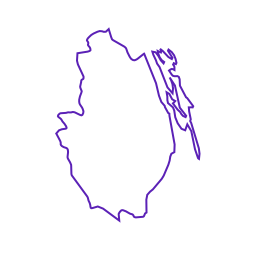 the border of Licko-Senjska, rotated 205°
{"feature_id": "HRV-1584", "entity_name": "Licko-Senjska", "entity_type": "County", "adm_level": 1, "iso_a3": "HRV", "parent_name": "Croatia", "parent_adm1": "", "projection": "natural_earth1", "projection_center": [15.249, 44.713], "detail": "fine", "context": "isolated", "style": "outline", "palette": "violet", "viewbox_px": 256, "rotation_deg": 205, "n_neighbors": 0, "source": "natural_earth", "source_scale": "10m", "svg_char_len": 3249}
<svg xmlns="http://www.w3.org/2000/svg" viewBox="0 0 256 256"><g transform="rotate(205 128 128)"><path d="M144.8,202.2L121.5,180.4L113.6,170.4L108.8,165.7L104.1,163.6L103.4,162.6L97.9,158.6L96.6,158.5L95.6,156.6L78.8,132.8L75.8,125.7L77.8,123.0L77.6,119.9L76.5,116.1L75.9,111.8L75.5,100.0L75.9,96.3L79.5,82.9L81.1,79.6L82.3,75.6L81.1,70.8L75.5,59.2L76.4,57.8L76.3,55.0L76.5,54.3L77.0,53.8L83.1,50.3L84.4,50.0L85.3,50.2L86.2,51.1L86.7,51.3L87.4,51.6L90.0,51.2L94.7,51.6L97.6,51.4L98.6,51.1L99.3,50.4L99.9,48.7L100.1,47.2L100.1,46.1L96.8,40.4L116.5,44.4L122.2,44.1L126.4,40.4L127.4,39.8L128.1,40.0L128.9,41.0L129.5,42.0L130.3,43.0L131.2,44.0L132.7,45.2L133.4,45.9L134.4,47.2L135.2,48.1L136.2,48.8L158.7,61.2L159.3,61.7L159.9,62.5L163.3,69.3L164.0,70.6L166.0,72.4L169.4,74.8L170.2,75.6L170.7,76.6L172.0,80.5L172.6,81.7L173.5,83.0L174.2,83.5L175.0,83.8L175.6,83.8L178.2,83.5L180.3,83.7L181.5,84.2L182.2,84.9L182.5,85.7L183.0,86.6L184.1,87.7L190.7,92.7L189.5,96.8L187.4,98.9L184.1,101.1L183.7,101.7L183.8,102.3L184.7,103.3L187.4,105.0L190.1,106.2L192.1,107.6L193.1,108.0L195.8,108.6L196.5,109.1L196.7,110.1L196.2,111.7L195.8,112.4L195.3,112.9L190.6,115.5L188.9,116.9L187.1,117.6L186.0,118.2L185.1,119.0L183.9,119.5L182.6,119.7L176.6,119.6L175.4,119.9L174.9,120.7L174.9,122.7L175.5,124.4L177.2,126.2L178.3,127.1L181.3,128.9L182.3,129.7L183.3,131.1L184.2,133.1L184.9,136.4L185.2,140.3L185.5,141.8L188.2,144.3L188.9,145.4L189.9,149.9L190.3,150.9L190.4,151.6L190.3,152.1L189.8,152.8L189.3,153.6L189.4,154.5L190.1,155.9L200.3,164.5L202.7,167.5L205.4,174.4L196.8,180.2L195.4,181.5L194.9,182.5L195.4,183.6L196.1,184.4L196.7,184.9L197.5,185.3L198.4,185.7L199.1,186.1L199.5,186.6L199.6,187.4L199.9,188.2L200.3,188.8L200.9,189.2L201.6,189.6L202.2,190.0L202.4,190.8L202.3,192.2L201.6,194.3L200.6,196.8L199.1,199.1L196.4,202.3L194.6,203.9L192.4,204.7L190.8,204.9L189.4,205.5L188.7,206.0L187.3,209.5L181.7,203.3L179.9,201.6L178.6,201.3L165.7,200.2L164.6,199.9L163.6,199.5L162.9,198.9L160.4,196.3L156.6,193.3L154.6,192.1L153.3,191.8L152.1,191.7L150.6,192.2L149.3,193.6L148.6,194.7L144.9,202.1L144.8,202.2ZM74.6,160.6L72.8,159.2L55.2,139.5L52.3,134.9L50.6,130.0L51.3,130.1L51.9,130.4L58.4,137.2L69.3,151.9L75.8,156.4L75.2,150.1L79.2,149.9L85.0,153.3L89.7,157.7L93.5,163.4L96.0,165.7L102.3,167.5L104.1,169.9L105.7,173.2L108.1,176.7L104.8,176.3L100.1,172.7L96.6,172.4L97.3,170.2L97.7,169.3L90.8,165.6L87.4,164.5L85.6,163.2L83.3,162.2L80.4,162.2L80.4,163.6L89.6,168.3L103.4,186.3L111.6,191.4L109.0,189.4L106.3,186.6L103.9,182.9L102.3,178.3L109.4,181.5L125.1,196.5L128.9,198.7L131.3,201.2L136.0,205.1L138.2,207.5L134.9,208.3L131.0,206.2L126.9,203.2L123.1,201.6L123.1,203.1L126.1,203.7L129.1,205.4L131.7,207.9L133.6,210.4L130.1,210.4L130.4,211.6L130.9,212.3L131.6,212.8L132.4,213.3L128.8,212.4L121.4,209.4L117.4,209.0L117.4,210.4L124.4,214.9L124.4,216.2L120.5,215.3L117.0,213.4L114.1,210.7L111.6,207.5L111.6,206.1L113.9,206.1L113.9,204.5L112.6,203.8L111.7,202.9L110.4,200.2L112.1,200.3L113.3,200.0L114.2,199.0L115.1,197.4L110.8,194.8L109.3,194.3L107.7,194.6L105.1,195.9L103.6,195.8L101.8,194.0L98.8,188.3L88.4,180.4L86.9,180.1L78.1,175.3L78.1,174.0L79.0,173.7L80.7,172.8L81.6,172.4L79.6,168.9L74.8,162.4L74.6,160.6Z" fill="none" stroke="#5b21b6" stroke-width="2"/></g></svg>